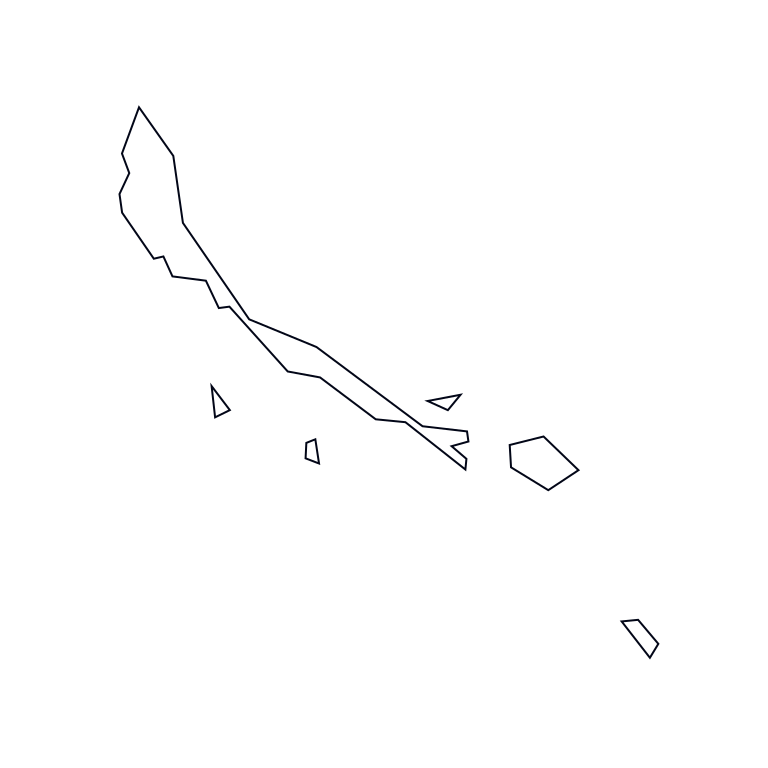 the border of New Ireland, rotated 172°
{"feature_id": "PNG-1255", "entity_name": "New Ireland", "entity_type": "Province", "adm_level": 1, "iso_a3": "PNG", "parent_name": "Papua New Guinea", "parent_adm1": "", "projection": "equal_earth", "projection_center": [151.706, -3.097], "detail": "coarse", "context": "isolated", "style": "outline", "palette": "ink", "viewbox_px": 768, "rotation_deg": 172, "n_neighbors": 0, "source": "natural_earth", "source_scale": "10m", "svg_char_len": 768}
<svg xmlns="http://www.w3.org/2000/svg" viewBox="0 0 768 768"><g transform="rotate(172 384 384)"><path d="M619.5,590.1L619.5,608.9L606.9,628.3L611.4,648.7L588.1,692.1L560.9,639.2L560.7,571.5L508.5,466.8L445.7,430.0L351.7,336.8L308.4,325.5L308.4,315.3L325.7,313.0L312.8,298.4L315.3,288.0L368.1,343.2L397.1,350.2L446.4,399.4L477.6,409.8L526.3,482.1L537.0,482.2L546.0,511.1L578.5,520.0L584.7,541.0L594.5,540.1L619.5,590.1ZM269.8,283.8L268.0,306.1L233.3,309.8L203.4,271.6L236.1,256.0L269.8,283.8ZM158.8,75.9L181.7,115.8L165.2,115.1L148.5,88.5L158.8,75.9ZM555.9,374.5L555.0,405.9L540.3,379.6L555.9,374.5ZM472.0,321.3L469.1,336.5L459.7,338.8L459.4,314.3L472.0,321.3ZM324.4,349.2L343.2,361.1L309.7,362.7L324.4,349.2Z" fill="none" stroke="#020617" stroke-width="2"/></g></svg>